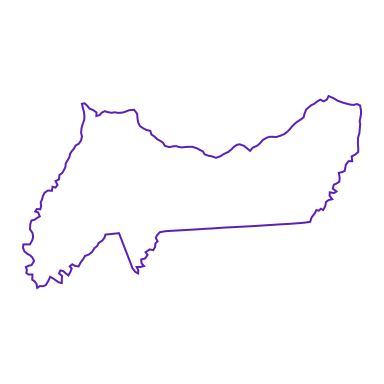 outline of Dionísio Cerqueira, Santa Catarina, Brazil
{"feature_id": "56859067B35573440952052", "entity_name": "Dionísio Cerqueira", "entity_type": "district", "adm_level": 2, "iso_a3": "BRA", "parent_name": "Brazil", "parent_adm1": "Santa Catarina", "projection": "mercator", "projection_center": [-53.547, -26.336], "detail": "fine", "context": "isolated", "style": "outline", "palette": "violet", "viewbox_px": 384, "rotation_deg": 0, "n_neighbors": 0, "source": "geoboundaries", "source_scale": "gbopen_adm2", "svg_char_len": 3234}
<svg xmlns="http://www.w3.org/2000/svg" viewBox="0 0 384 384"><path d="M87.1,105.6L84.6,103.3L81.9,103.8L83.1,108.8L84.0,112.0L84.4,115.7L84.2,120.0L82.5,124.6L81.5,128.3L81.1,132.9L82.0,136.5L81.0,140.5L78.9,143.7L75.6,145.5L73.9,148.7L71.7,151.3L70.0,154.0L69.5,157.0L67.7,160.2L65.7,163.4L65.5,166.8L64.1,169.8L62.2,173.0L59.4,175.0L59.0,179.3L55.5,181.1L57.5,184.9L55.5,187.6L52.6,186.7L51.9,190.8L48.0,190.5L44.6,192.7L42.9,196.1L42.1,199.3L40.7,202.4L41.1,206.1L40.3,209.3L36.8,209.0L35.2,211.5L38.1,212.4L39.8,216.4L37.1,217.9L34.6,219.7L31.5,220.5L30.3,223.9L30.0,229.3L32.6,233.2L33.1,237.2L32.2,240.4L29.9,244.4L23.4,244.4L23.0,247.9L24.4,251.4L27.6,254.0L30.0,255.2L32.3,257.4L34.1,260.9L31.5,265.2L28.9,265.6L25.9,267.0L26.9,270.0L26.3,273.0L28.6,274.5L32.5,274.5L32.2,279.7L34.9,281.5L36.5,284.0L37.2,287.9L39.8,286.1L43.0,286.2L45.8,285.1L48.1,281.3L50.2,276.8L53.3,278.6L56.2,280.6L58.8,282.4L61.8,283.0L61.8,279.7L62.1,276.0L59.0,273.4L60.4,270.4L63.4,271.2L65.7,273.3L68.4,275.5L70.3,272.1L71.7,268.6L69.7,266.4L72.3,264.3L75.3,266.0L78.6,266.4L80.6,262.5L82.9,259.5L85.1,255.9L88.9,254.5L92.1,251.9L94.4,248.2L97.2,246.0L98.6,243.0L102.2,240.7L104.6,237.5L105.4,234.6L119.0,233.2L132.6,268.4L135.4,272.0L138.1,273.4L138.3,270.2L136.7,267.0L140.3,267.0L144.0,266.0L141.6,263.4L141.2,259.5L145.0,258.5L147.6,254.9L145.6,252.2L149.6,249.4L153.2,250.2L155.1,247.0L155.4,243.4L157.6,241.2L155.8,238.0L157.1,235.1L159.9,232.2L165.4,231.2L169.9,230.9L179.0,230.4L185.7,230.0L191.3,229.7L196.1,229.4L206.6,228.7L211.8,228.5L218.4,228.0L225.9,227.5L238.4,226.9L258.3,225.8L266.8,225.2L272.0,224.9L279.7,224.4L291.8,223.7L304.4,222.7L310.2,221.8L311.6,217.4L314.8,213.3L316.3,210.1L318.9,210.7L320.8,208.8L323.2,210.0L325.2,206.2L326.1,201.9L328.8,200.0L332.2,199.2L329.6,195.8L329.8,192.3L333.9,193.1L336.5,191.5L332.8,188.6L333.8,184.7L336.4,183.6L339.2,181.9L339.7,177.9L338.8,172.8L342.1,172.1L344.7,170.9L345.8,164.9L348.5,161.2L352.2,161.2L351.7,156.4L355.2,154.6L358.2,152.0L358.3,148.5L357.9,143.7L358.0,138.0L359.4,133.1L359.9,127.4L360.2,124.0L359.7,121.0L360.4,117.6L361.0,113.9L361.0,110.1L360.0,105.4L356.9,104.0L354.2,104.9L350.3,104.6L346.7,103.7L343.7,102.9L340.7,101.8L337.6,100.8L335.4,99.2L332.7,97.8L328.6,96.1L326.9,99.5L323.6,101.4L320.4,99.6L317.3,101.4L313.9,104.0L311.4,105.1L309.1,107.0L306.3,109.3L304.6,113.4L303.6,117.4L300.6,119.6L297.4,121.6L295.0,123.5L292.3,126.2L289.7,129.3L287.4,131.7L284.2,134.1L280.5,135.7L276.4,137.0L272.4,136.8L269.5,136.8L266.8,137.7L262.8,140.0L260.1,143.2L257.2,145.7L252.7,147.7L250.1,150.9L247.1,148.4L243.7,145.7L239.6,144.3L237.0,144.8L233.9,146.8L231.8,149.1L228.2,152.0L223.9,154.0L220.1,156.4L216.0,157.8L211.4,156.2L208.5,155.8L204.5,154.3L203.2,151.7L200.3,150.1L196.9,148.3L192.3,146.8L187.0,146.9L181.6,147.4L179.0,147.0L176.0,146.1L173.2,146.3L169.4,147.1L165.1,146.0L162.9,142.6L160.5,141.0L157.2,139.2L154.7,136.7L151.5,134.6L150.3,130.9L146.3,129.9L143.4,128.4L140.1,126.2L138.4,123.2L137.6,119.2L137.1,113.7L134.1,109.8L129.2,110.2L125.4,111.7L122.5,112.6L118.1,112.9L114.7,112.3L111.4,112.8L107.6,112.1L104.8,111.2L101.8,112.6L99.6,115.1L96.4,116.0L96.5,112.5L93.4,110.2L89.5,108.6L87.1,105.6Z" fill="none" stroke="#5b21b6" stroke-width="2"/></svg>